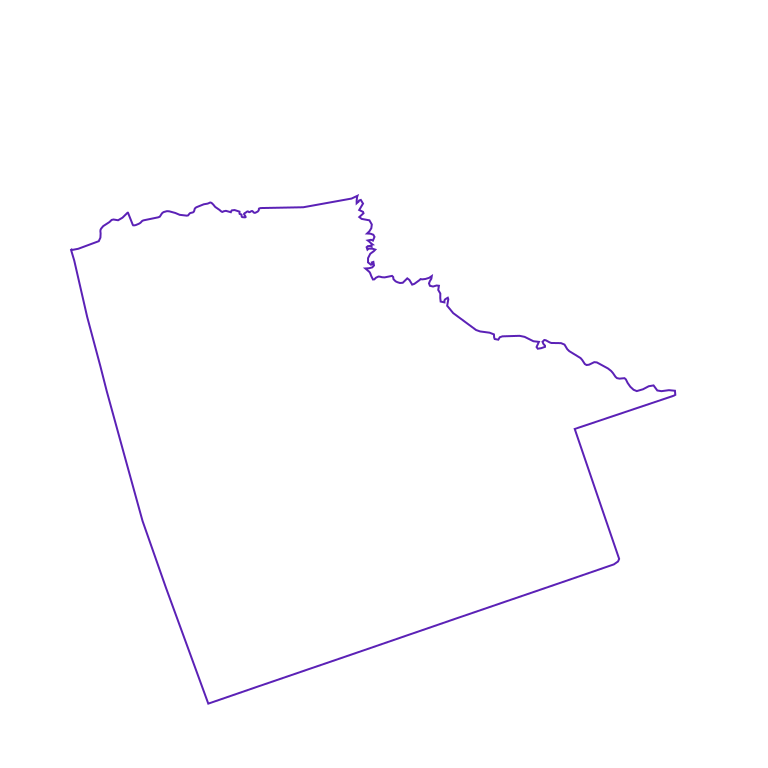 Petén, Mercator projection, rotated 161°
{"feature_id": "GTM-1944", "entity_name": "Petén", "entity_type": "Department", "adm_level": 1, "iso_a3": "GTM", "parent_name": "Guatemala", "parent_adm1": "", "projection": "mercator", "projection_center": [-90.264, 16.829], "detail": "fine", "context": "isolated", "style": "outline", "palette": "violet", "viewbox_px": 768, "rotation_deg": 161, "n_neighbors": 0, "source": "natural_earth", "source_scale": "10m", "svg_char_len": 3814}
<svg xmlns="http://www.w3.org/2000/svg" viewBox="0 0 768 768"><g transform="rotate(161 384 384)"><path d="M656.5,262.2L656.9,333.1L652.9,397.6L648.5,467.4L646.4,493.0L642.8,544.2L636.7,601.5L636.2,613.5L636.1,613.3L635.9,613.2L634.7,612.2L629.1,611.4L607.2,611.9L604.5,614.7L602.9,618.7L602.5,620.5L602.2,621.3L601.8,622.1L600.9,623.0L598.1,624.7L590.9,626.5L588.1,627.8L586.2,627.6L582.1,625.4L577.1,626.4L570.8,629.4L570.4,629.4L570.3,629.2L569.7,616.3L569.5,615.7L568.5,615.3L567.0,615.1L563.7,615.3L562.2,615.6L561.2,616.0L560.7,616.3L560.2,616.6L559.5,616.9L558.8,617.0L557.9,617.0L543.2,615.1L541.5,615.2L538.7,617.4L538.2,617.7L537.6,618.0L536.3,618.3L533.1,618.1L532.0,617.7L530.7,617.1L525.7,613.7L522.0,610.4L521.3,610.1L515.7,607.4L515.0,607.3L514.3,607.2L513.4,607.8L512.1,608.6L511.4,608.7L509.3,608.5L508.6,608.5L508.0,608.7L507.5,609.1L507.1,609.5L506.1,611.0L505.9,611.3L505.6,611.5L505.1,611.8L503.9,612.2L495.9,612.6L492.2,612.0L491.2,612.0L490.3,612.1L489.6,612.2L488.8,612.0L488.0,611.2L486.9,609.0L486.5,607.8L485.9,606.3L482.8,602.1L482.0,600.6L481.2,599.6L480.7,599.3L479.3,599.5L477.1,599.2L472.9,596.3L471.9,597.4L471.3,597.7L468.6,597.1L464.5,594.0L465.1,592.3L465.1,591.8L464.6,591.4L463.9,591.0L463.6,590.4L463.6,590.2L463.9,589.6L464.0,589.1L464.0,588.4L463.7,588.0L463.2,587.7L461.4,586.9L460.9,586.8L460.5,586.9L460.4,587.6L460.9,589.5L461.0,590.0L461.0,590.3L460.9,590.4L460.8,590.5L460.4,590.8L458.5,591.2L457.8,591.5L457.1,591.6L456.5,591.5L455.6,590.4L455.2,590.3L454.6,590.3L453.3,590.6L452.4,590.5L451.7,589.6L451.5,588.8L450.9,588.1L449.8,587.8L447.2,588.2L446.2,588.8L445.6,589.5L445.4,590.0L445.3,590.3L444.9,590.6L443.3,590.5L402.8,577.4L354.3,569.9L347.8,570.6L348.7,569.4L350.3,565.9L351.0,563.8L349.6,564.4L349.0,564.5L348.6,564.8L347.8,565.6L346.0,565.6L345.1,561.4L350.8,556.6L347.8,553.6L347.8,552.1L353.0,549.9L351.4,547.4L344.5,543.5L343.6,538.8L345.3,535.4L348.2,533.1L351.0,531.8L347.8,530.5L345.5,528.6L345.1,526.2L347.8,523.2L348.8,524.2L349.5,524.6L352.6,525.0L351.7,523.7L350.3,521.0L349.4,519.6L350.5,519.8L350.8,519.4L350.8,518.8L351.0,518.1L352.4,519.1L354.4,519.6L355.9,519.0L355.9,516.4L354.4,517.0L350.9,515.7L348.5,513.9L350.2,513.0L354.6,511.6L358.1,508.2L359.5,504.2L357.5,501.0L355.9,501.0L355.9,502.9L354.3,502.9L354.9,499.3L357.1,498.1L360.4,498.3L364.0,499.3L361.3,494.7L361.0,493.3L360.9,490.0L360.4,486.4L359.1,486.1L357.0,487.1L354.3,487.4L352.9,486.8L351.1,485.6L348.7,484.6L341.2,483.6L340.5,482.2L340.9,480.0L339.6,477.3L338.2,475.9L336.0,474.3L333.3,473.6L327.6,476.3L326.1,474.1L325.0,468.8L322.7,468.8L316.5,470.7L315.3,471.3L313.8,470.5L310.5,469.8L306.7,469.7L303.7,470.5L305.0,468.1L307.1,466.4L308.7,464.5L308.6,461.9L305.9,460.2L302.2,460.0L300.1,459.0L302.1,455.3L301.3,451.2L302.8,447.0L303.6,443.5L300.3,441.5L299.7,443.2L298.9,444.0L297.6,444.4L295.6,444.8L295.6,443.2L298.8,437.4L295.5,428.5L279.4,405.1L276.0,402.4L267.4,398.1L263.9,395.1L264.7,392.2L264.7,390.5L261.5,388.7L259.3,390.5L256.5,390.5L240.1,385.4L235.7,382.8L228.8,375.8L223.8,373.4L227.7,369.3L227.1,367.3L223.8,366.7L219.7,366.7L219.3,367.8L220.2,370.0L220.4,372.3L218.1,373.4L216.8,372.7L213.8,369.4L212.4,368.3L203.3,365.0L200.5,362.5L199.4,357.3L198.1,354.7L189.7,344.5L188.8,342.3L187.6,337.5L186.3,336.0L183.8,335.5L178.1,336.2L175.7,335.1L167.2,325.8L165.0,322.4L164.0,319.9L162.8,315.5L161.8,313.7L159.6,312.4L154.7,311.2L153.8,309.6L153.3,305.7L152.0,301.2L149.9,297.3L147.3,295.0L140.8,294.7L134.4,295.7L129.6,294.9L127.7,288.9L124.0,286.9L116.6,285.4L111.1,282.9L112.1,278.9L113.3,278.7L113.9,278.6L218.3,279.4L218.5,210.8L218.6,142.1L220.5,140.0L225.4,138.6L235.7,138.6L288.0,138.6L340.3,138.7L392.6,138.8L444.9,138.8L497.2,138.8L549.6,138.9L601.9,139.0L654.2,139.0L655.2,193.0L656.5,262.2Z" fill="none" stroke="#5b21b6" stroke-width="2"/></g></svg>